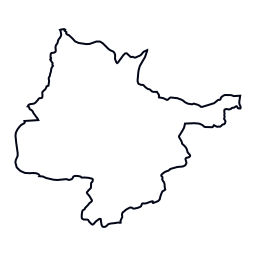 map outline of Hirat (Natural Earth projection)
{"feature_id": "AFG-1742", "entity_name": "Hirat", "entity_type": "Province", "adm_level": 1, "iso_a3": "AFG", "parent_name": "Afghanistan", "parent_adm1": "", "projection": "natural_earth1", "projection_center": [62.522, 34.206], "detail": "fine", "context": "isolated", "style": "outline", "palette": "ink", "viewbox_px": 256, "rotation_deg": 0, "n_neighbors": 0, "source": "natural_earth", "source_scale": "10m", "svg_char_len": 5751}
<svg xmlns="http://www.w3.org/2000/svg" viewBox="0 0 256 256"><path d="M134.9,57.6L135.8,57.4L139.9,55.6L140.7,55.1L141.5,54.3L142.2,53.4L143.6,51.8L147.2,50.1L147.2,50.7L145.0,57.1L140.3,65.1L139.7,66.4L138.7,69.9L138.3,72.4L137.6,80.2L137.7,81.7L138.3,83.5L138.7,83.9L141.2,84.9L142.8,84.9L143.1,85.0L143.6,85.3L145.5,87.3L147.0,88.4L148.0,89.0L149.6,89.4L150.0,89.6L151.5,91.0L152.2,91.5L153.4,91.9L155.5,91.9L156.6,91.8L156.9,91.8L157.1,92.1L157.9,93.5L158.6,94.3L159.0,95.3L158.9,97.2L159.1,97.5L159.9,97.5L163.4,98.2L166.9,99.9L167.8,99.7L169.8,97.9L170.3,97.6L170.9,97.5L177.4,98.2L181.5,99.7L183.4,100.8L184.2,101.6L184.8,102.1L187.1,103.3L188.1,103.7L191.4,104.2L192.0,104.3L192.9,104.0L193.8,103.6L198.1,104.9L199.7,105.8L200.9,106.8L201.4,106.9L202.5,106.8L214.1,103.2L217.9,100.1L218.5,99.9L219.8,99.8L220.4,99.4L220.6,99.0L220.9,97.8L221.3,97.3L221.9,96.7L223.3,95.7L224.8,95.0L225.3,95.0L230.8,95.1L232.1,95.4L233.6,96.1L234.0,96.1L240.2,95.7L239.3,101.6L239.3,103.4L239.6,104.5L240.5,106.6L240.6,107.5L240.6,108.1L240.4,108.4L240.0,108.5L239.2,108.3L238.2,108.3L238.0,108.1L237.7,107.9L237.5,107.4L236.9,106.4L236.3,106.2L234.7,107.2L233.7,107.7L232.5,107.8L231.9,108.0L231.5,108.3L231.1,108.7L230.5,109.1L229.7,109.3L229.0,109.4L227.8,109.3L226.3,109.0L225.8,109.1L225.0,109.4L224.6,109.7L224.4,110.0L224.3,110.9L224.3,111.5L224.5,113.5L224.3,115.2L224.6,116.9L224.5,117.4L224.1,118.7L224.2,119.1L225.1,120.4L225.3,120.9L225.4,121.5L225.3,122.3L224.9,123.4L224.5,123.9L224.1,124.2L223.4,124.3L222.8,124.5L222.0,125.0L221.2,125.9L220.2,126.6L219.8,126.7L218.4,126.6L217.4,126.8L217.0,126.7L216.6,126.6L213.9,125.2L213.8,125.3L213.4,126.0L213.0,126.7L212.2,127.2L205.1,127.0L204.2,126.7L203.2,125.7L202.4,125.1L201.5,124.6L199.8,123.9L199.0,123.6L194.2,123.2L185.0,123.6L184.1,127.6L182.5,130.6L179.3,135.7L179.0,136.5L179.1,137.2L181.4,141.1L181.7,141.8L182.1,143.5L182.4,144.0L184.6,146.0L185.7,147.3L186.4,148.4L186.8,149.3L187.6,152.2L187.9,152.7L189.5,154.4L190.1,155.4L190.1,156.0L189.8,156.5L189.3,156.9L188.1,157.5L186.4,157.8L185.9,158.2L185.7,158.5L185.5,158.9L185.5,159.3L186.3,162.0L186.4,163.1L185.5,165.0L184.2,165.9L182.7,166.5L177.2,167.0L170.9,168.8L170.0,169.2L169.5,169.9L168.5,170.5L167.8,170.9L166.8,171.1L164.5,172.2L162.3,173.9L161.5,174.8L161.3,175.1L161.3,175.8L161.4,176.0L162.2,176.8L162.4,177.2L162.5,177.8L162.5,178.2L162.2,179.1L162.4,179.8L162.8,180.6L163.9,182.2L164.3,183.2L164.6,184.4L164.6,185.7L164.9,188.3L165.2,189.6L164.2,190.4L163.0,191.0L162.5,191.3L162.0,192.2L161.4,193.6L160.4,196.4L160.1,197.6L159.9,198.5L159.9,198.8L159.6,199.5L158.1,201.1L153.2,203.0L152.8,202.9L152.7,202.7L152.6,202.3L152.8,201.4L152.6,201.3L151.2,201.5L146.5,203.2L145.7,203.4L144.9,203.5L142.7,203.4L142.4,203.5L142.0,203.8L141.7,204.5L141.3,205.7L141.0,206.2L140.4,206.7L139.5,207.2L137.2,208.0L134.3,208.6L133.8,208.6L133.1,208.5L131.6,207.6L131.0,207.5L130.2,207.5L129.5,207.8L127.2,209.0L125.5,210.1L124.1,211.4L123.2,212.0L122.8,212.3L122.4,212.9L122.1,214.0L122.0,214.8L122.1,215.4L122.2,216.1L122.2,216.8L122.1,217.3L120.5,220.9L120.5,221.3L120.7,222.6L120.1,222.8L119.0,222.6L117.7,222.6L115.5,223.0L110.9,223.5L109.2,223.9L108.3,224.2L107.9,224.6L106.2,226.2L104.9,226.9L104.1,226.9L102.9,226.8L102.5,226.6L102.3,226.3L101.9,225.4L101.4,224.3L101.3,223.0L101.0,221.9L100.9,221.1L100.8,219.2L100.4,218.9L99.6,218.9L98.7,219.3L95.8,221.5L93.7,223.9L92.9,224.5L92.5,224.5L92.0,224.4L91.2,223.8L89.1,221.6L88.5,220.5L88.2,220.0L87.8,219.8L87.2,219.6L83.8,219.5L83.2,219.3L82.6,219.0L82.2,218.7L81.8,217.9L81.7,216.8L81.8,214.3L82.1,212.0L82.4,211.0L82.7,210.6L83.0,210.2L84.6,209.2L84.8,208.9L85.3,207.7L85.6,207.4L86.3,206.8L88.2,204.8L89.2,203.4L91.3,201.7L91.9,201.0L91.9,200.2L89.4,196.0L87.2,193.5L86.9,192.9L86.9,192.3L87.1,192.0L87.9,191.2L88.3,190.5L89.4,189.5L90.5,188.4L90.8,188.0L91.0,187.0L91.1,183.4L91.2,183.0L91.4,182.6L92.3,181.8L92.5,181.4L92.7,180.9L92.8,180.3L92.8,179.6L92.7,179.2L92.1,178.7L88.4,177.8L84.2,177.5L82.4,177.6L81.4,177.5L80.6,176.6L78.0,176.0L75.4,175.9L74.1,176.2L73.5,176.5L73.1,177.0L72.5,178.4L72.0,178.9L71.3,179.3L69.8,179.8L69.0,179.9L68.4,179.9L67.2,179.3L66.6,179.2L65.5,179.2L57.4,180.0L53.5,179.7L46.1,178.0L42.9,176.5L39.7,176.2L39.8,176.1L39.3,175.1L38.4,174.2L37.5,173.7L35.6,173.2L33.4,173.0L29.3,173.2L24.8,172.9L20.3,170.9L16.7,167.4L15.4,162.4L15.8,160.1L17.6,156.0L17.7,153.3L16.2,142.7L15.5,135.7L15.9,132.6L17.5,129.4L19.3,127.0L21.2,124.9L23.9,123.5L24.8,122.5L24.4,121.0L38.3,120.1L37.7,118.8L33.6,113.3L32.7,111.5L32.1,110.7L31.5,110.1L30.1,109.4L29.6,108.9L29.1,107.3L28.8,106.8L28.3,106.5L27.7,106.4L28.5,105.0L29.9,104.2L33.0,103.8L34.4,103.4L35.5,102.6L38.1,99.7L38.4,99.1L38.7,98.7L39.5,98.2L40.3,98.1L41.0,98.1L41.7,98.0L42.3,97.2L42.5,95.5L42.3,93.7L42.4,92.1L43.4,90.9L45.2,89.4L46.3,87.4L46.6,86.3L48.4,85.7L48.8,83.4L49.1,81.0L48.7,78.4L48.9,77.5L49.7,76.2L49.9,75.5L50.1,74.2L50.9,71.6L51.3,68.7L51.7,67.7L53.0,65.8L52.4,65.1L52.4,64.6L52.6,63.1L50.5,60.1L50.2,59.4L50.5,59.1L51.1,58.8L51.1,58.2L50.9,57.5L50.5,57.2L50.6,55.0L50.9,53.5L51.7,52.9L52.9,52.8L54.2,52.6L55.3,52.0L55.8,50.8L55.5,47.2L55.8,45.8L56.1,45.0L57.3,43.4L57.6,42.7L58.1,40.5L58.7,39.2L60.1,37.6L60.8,36.2L61.2,34.8L61.0,33.4L60.5,30.6L60.0,29.9L60.8,29.6L63.8,29.1L64.2,29.1L64.6,29.3L65.2,29.7L64.6,30.7L65.3,31.3L65.5,31.3L66.4,32.1L66.4,32.4L66.2,33.2L66.2,33.5L67.0,34.4L67.4,34.7L68.0,34.8L68.9,35.2L72.5,38.5L75.1,41.4L78.8,43.0L86.4,44.1L89.7,43.9L96.5,41.5L99.7,41.5L101.4,42.4L102.9,43.4L108.6,49.1L110.2,50.2L113.3,51.6L114.1,52.5L114.7,53.5L115.1,54.8L115.1,56.0L115.0,58.8L115.4,59.9L116.4,62.4L117.0,63.1L117.9,62.6L123.4,55.1L125.2,53.4L126.7,53.3L130.4,56.7L131.0,57.1L132.7,56.8L134.4,57.5L134.9,57.6Z" fill="none" stroke="#020617" stroke-width="2"/></svg>